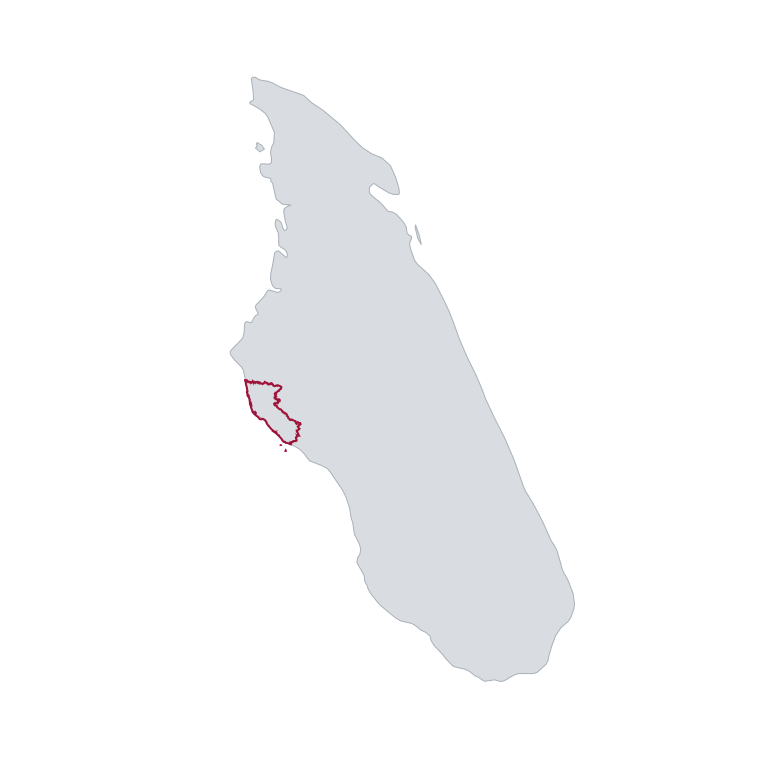 location of Maintirano, Melaky, Madagascar, rotated 320°
{"feature_id": "10022922B40533998311047", "entity_name": "Maintirano", "entity_type": "district", "adm_level": 2, "iso_a3": "MDG", "parent_name": "Madagascar", "parent_adm1": "Melaky", "projection": "natural_earth1", "projection_center": [44.435, -17.734], "detail": "fine", "context": "in_parent", "style": "outline", "palette": "rose", "viewbox_px": 768, "rotation_deg": 320, "n_neighbors": 0, "source": "geoboundaries", "source_scale": "gbopen_adm2", "svg_char_len": 9227}
<svg xmlns="http://www.w3.org/2000/svg" viewBox="0 0 768 768"><g transform="rotate(320 384 384)"><path d="M492.0,81.4L493.8,86.3L496.0,91.1L502.7,102.5L505.5,106.9L508.0,111.6L509.1,121.0L513.3,135.5L517.2,157.3L518.3,179.7L519.5,190.0L522.6,199.7L527.7,209.7L529.2,220.9L526.0,232.4L521.4,243.3L520.2,245.3L518.0,248.1L517.0,248.0L513.4,245.2L510.5,240.6L506.8,229.8L505.4,224.3L503.9,223.5L499.5,223.9L496.2,227.3L495.6,229.5L496.3,235.6L497.5,241.0L498.0,246.6L498.0,253.6L499.2,255.7L500.9,257.5L502.7,262.1L502.9,273.0L501.8,278.5L498.6,283.2L498.8,285.8L499.9,288.5L498.8,290.1L494.7,292.2L493.0,294.0L490.7,298.8L487.0,308.6L486.5,313.6L488.7,328.9L488.0,339.7L483.2,360.5L480.5,370.3L476.6,382.0L470.8,397.5L465.0,417.0L460.0,437.0L456.4,449.0L452.2,460.9L446.6,481.8L441.7,503.1L434.6,526.5L424.8,552.6L423.7,556.0L421.7,569.4L419.4,580.9L416.8,592.4L411.3,611.4L410.7,617.2L409.4,622.8L404.2,634.7L402.0,639.1L400.4,643.8L399.5,649.8L397.9,655.5L394.1,666.1L388.4,675.2L384.6,678.5L376.3,683.3L372.1,684.3L362.7,684.4L353.7,687.1L344.3,692.4L335.3,698.4L331.8,701.3L328.0,702.9L316.0,703.3L312.5,702.0L300.5,692.0L295.9,690.4L287.2,689.0L284.5,688.2L282.1,686.9L278.6,681.7L271.5,677.4L269.8,676.0L268.8,673.0L268.0,669.7L266.2,666.1L264.8,659.1L262.5,654.3L256.0,645.7L255.3,643.0L254.8,633.9L255.0,627.8L254.3,616.5L255.1,611.2L257.3,606.5L256.4,601.3L254.0,595.9L253.1,590.3L251.3,585.2L244.4,576.0L242.8,571.4L241.7,566.7L239.1,552.1L238.8,547.0L239.1,536.3L240.1,530.8L241.7,526.9L242.1,524.0L243.2,521.5L244.8,519.6L245.9,517.2L248.4,503.5L251.7,500.4L256.5,498.7L260.3,495.1L262.5,490.2L264.7,480.2L270.8,470.3L272.9,465.1L277.8,457.2L282.2,446.1L283.5,440.9L284.4,435.5L285.5,423.8L286.3,417.9L286.2,412.2L283.7,406.2L277.8,395.4L277.6,393.4L278.0,385.4L277.5,379.6L275.4,373.8L272.5,368.4L269.8,358.2L268.4,341.4L268.7,335.3L267.9,329.9L265.9,324.7L267.3,315.8L285.1,283.2L285.7,279.3L284.9,269.4L285.3,263.6L285.9,261.5L287.3,260.2L290.3,259.6L304.7,258.2L306.5,257.2L310.1,254.5L315.1,249.1L317.3,247.6L319.3,248.2L320.5,250.4L322.1,251.7L327.9,249.3L330.2,249.2L332.4,249.6L333.5,247.4L334.1,244.4L335.0,242.3L336.6,241.2L344.0,240.5L348.8,239.7L355.0,237.6L356.3,238.0L361.3,245.4L362.8,246.1L364.7,246.4L366.4,245.0L362.4,241.1L361.8,238.9L362.0,236.4L364.2,231.1L367.8,227.0L375.8,220.7L384.2,213.5L386.6,213.0L388.7,214.2L390.2,222.7L390.0,224.1L391.4,224.3L392.9,223.2L394.3,219.8L394.4,216.9L393.3,214.2L392.8,211.9L392.7,209.8L397.0,204.8L400.3,200.0L401.9,194.3L403.2,191.6L406.7,188.7L407.8,189.1L408.6,191.6L409.0,194.1L408.1,196.6L406.8,199.1L406.3,202.5L408.3,203.1L410.2,202.3L412.9,196.3L416.1,190.6L417.9,187.6L420.3,185.5L424.2,185.9L427.9,187.2L421.8,181.2L420.3,172.9L427.7,158.6L427.8,155.6L428.8,154.7L429.3,153.6L425.6,148.7L424.8,146.3L425.4,142.7L427.2,139.5L428.8,137.2L431.2,136.4L433.0,137.6L437.1,141.6L439.9,142.2L443.2,138.4L445.9,133.6L450.1,130.3L454.7,128.3L461.8,120.8L466.5,105.2L466.9,100.6L465.9,95.1L464.3,89.8L461.6,83.2L462.3,81.8L466.2,82.6L467.5,81.7L471.7,75.9L478.7,64.7L481.0,64.8L482.9,66.8L483.6,69.9L485.0,72.1L489.6,77.4L492.0,81.4ZM443.4,125.4L443.5,127.1L438.2,126.4L437.4,120.5L440.0,120.3L440.5,117.9L442.1,117.6L443.8,122.8L443.4,125.4ZM506.7,292.6L502.1,301.3L503.5,294.1L508.8,283.6L510.3,282.8L506.7,292.6Z" fill="#d9dde1" stroke="#a8b0b8" stroke-width="1"/><path d="M280.0,291.7L279.6,292.3L279.4,293.3L278.8,294.6L278.4,294.8L278.1,295.7L277.8,295.9L276.6,298.8L276.2,299.0L275.5,300.5L274.5,302.1L274.0,302.2L274.1,301.7L273.9,301.8L273.3,302.8L272.9,304.3L273.1,304.2L272.1,304.7L271.9,306.1L272.7,305.2L272.9,305.5L272.9,305.9L272.7,305.9L272.7,305.6L272.2,306.0L272.1,307.2L271.5,308.4L271.6,308.6L271.1,309.7L270.7,310.2L271.0,309.3L269.0,312.7L268.9,313.7L269.0,314.0L269.3,313.9L269.3,313.2L269.6,313.1L269.5,313.3L269.4,314.0L269.0,314.2L268.9,314.4L268.8,314.0L268.4,313.4L268.2,313.8L267.6,315.6L267.5,316.0L267.4,316.6L267.3,316.2L267.0,316.7L265.7,320.2L265.4,320.6L266.3,321.6L266.3,322.5L266.8,322.8L266.6,323.2L266.7,323.4L267.1,323.4L267.2,323.5L267.1,323.8L267.3,323.6L267.3,323.8L267.0,324.0L267.1,323.5L266.7,323.5L266.4,323.2L266.6,322.8L266.0,322.6L266.1,321.8L265.5,321.1L265.4,321.2L265.3,321.4L265.4,322.6L265.3,323.2L265.8,326.6L266.3,327.9L266.2,328.1L266.3,329.6L266.5,330.2L266.2,330.7L266.3,331.1L266.6,331.6L267.1,332.1L267.6,332.4L268.3,332.3L268.5,332.6L269.1,333.4L269.7,335.5L269.5,337.9L269.0,338.4L268.8,339.4L268.8,339.6L269.5,339.9L268.9,339.9L268.6,340.4L268.8,342.2L268.7,342.7L268.6,341.4L268.6,341.5L268.7,346.3L269.0,348.0L269.2,348.6L269.0,349.1L269.4,349.8L269.4,350.3L269.7,350.5L269.3,350.5L269.1,349.7L268.9,349.6L269.6,352.0L270.3,351.9L270.7,351.7L270.4,352.1L270.0,352.0L269.8,352.3L269.6,352.1L269.9,353.4L269.9,354.6L270.2,355.6L270.3,355.8L270.5,355.5L270.4,356.1L270.7,356.1L270.8,356.3L271.1,356.5L270.8,356.4L270.4,356.2L270.0,355.6L270.2,357.3L270.2,360.1L270.1,361.2L269.9,361.5L270.2,362.2L270.4,362.2L270.2,362.3L270.1,361.9L269.9,361.9L269.9,363.0L270.4,363.4L270.6,363.2L270.3,363.7L269.8,363.2L270.0,363.9L270.6,364.5L270.4,364.6L270.9,365.8L272.9,368.2L273.0,369.0L273.6,370.1L273.8,370.1L273.5,369.6L273.6,369.4L273.9,369.5L274.0,369.8L274.3,369.4L274.4,369.2L274.6,369.4L274.8,369.2L274.7,368.9L274.9,369.1L275.0,368.9L275.1,369.1L275.1,368.7L275.1,369.0L275.5,369.2L275.8,369.0L276.2,369.2L276.2,369.4L276.6,369.5L276.8,369.8L277.1,369.7L277.2,369.4L278.1,369.5L278.9,370.2L279.1,370.6L279.6,370.6L279.7,371.0L280.2,371.2L281.0,370.9L281.4,369.9L281.5,369.4L282.0,368.5L282.4,368.4L282.7,368.2L283.2,368.5L283.9,368.4L284.3,368.2L284.4,367.8L284.6,368.3L284.8,368.3L285.0,368.1L285.7,368.9L285.9,367.9L286.7,365.4L286.5,364.5L286.9,364.1L287.1,364.2L287.2,363.9L287.5,363.9L287.5,363.7L288.0,364.0L288.5,364.0L289.6,364.1L289.7,363.9L290.3,363.9L290.1,363.5L290.2,363.0L290.5,362.5L290.4,362.0L290.5,361.3L291.6,361.4L292.1,360.6L292.7,361.2L293.3,361.0L293.5,360.5L294.2,361.2L294.3,361.2L294.5,360.7L294.4,360.3L294.6,360.0L294.1,359.7L293.5,358.7L293.5,357.8L292.7,357.5L292.4,357.8L291.4,358.1L291.5,356.9L291.8,356.1L292.3,355.7L291.9,354.7L290.7,352.9L290.8,352.7L290.5,351.8L289.9,351.4L289.6,351.6L289.4,351.4L289.1,351.4L288.8,350.9L289.0,350.5L289.0,349.9L288.8,348.6L289.0,348.6L289.0,348.1L289.4,347.6L289.5,347.0L289.3,346.7L289.3,346.2L289.1,345.9L289.5,345.4L289.9,345.1L290.0,344.5L289.9,343.7L289.6,343.5L289.7,343.1L288.9,342.6L289.3,341.9L289.1,341.5L288.9,341.5L288.6,340.6L288.3,340.5L288.3,340.1L288.7,340.1L288.8,339.9L288.5,339.4L288.7,338.9L288.6,337.0L288.4,336.7L288.0,336.5L287.9,336.2L287.7,335.9L287.7,335.4L287.6,335.2L287.3,333.2L287.4,332.9L287.3,332.5L287.4,332.1L287.7,332.0L287.3,331.1L287.2,330.3L286.9,330.3L286.9,330.0L286.7,329.9L287.0,328.6L287.2,328.4L288.3,328.5L288.3,328.8L288.6,329.2L289.3,329.7L289.8,329.8L289.8,330.3L290.0,330.5L290.4,330.3L290.7,329.9L290.9,329.3L291.4,329.0L291.6,329.1L291.8,328.8L292.1,329.2L292.1,329.8L292.4,329.7L292.5,329.9L293.1,330.1L293.6,329.6L293.5,329.0L293.9,328.8L293.8,328.3L293.5,328.0L292.8,328.0L292.7,327.3L291.8,326.8L291.8,326.6L292.1,326.5L292.0,326.2L291.6,326.3L291.2,325.9L291.6,325.3L291.4,324.8L291.6,324.8L291.6,324.6L291.7,324.9L291.9,324.9L291.9,324.6L292.0,324.6L291.9,323.9L292.4,324.0L292.5,323.8L292.4,323.8L292.6,323.6L292.6,323.9L292.8,323.8L293.1,323.9L293.0,323.6L293.2,323.4L293.3,323.1L293.4,322.8L293.6,322.8L293.7,323.0L294.0,322.9L293.8,322.0L293.8,321.5L294.0,321.3L294.6,321.4L295.2,322.0L295.4,321.8L295.3,321.5L295.7,321.5L295.7,321.2L296.2,321.5L297.6,321.2L298.3,321.5L298.8,321.3L299.4,321.7L300.0,321.2L300.4,321.4L301.4,321.1L301.9,321.4L302.2,321.0L302.8,321.0L303.5,320.2L303.2,319.7L303.2,319.1L302.4,317.9L302.3,317.3L301.9,317.0L301.6,316.4L301.0,316.2L300.8,316.5L300.1,315.7L299.7,315.8L298.5,315.1L298.5,314.7L298.2,314.0L298.5,313.4L298.4,313.2L298.6,312.0L298.5,311.6L298.2,311.5L298.3,311.2L298.1,311.1L298.2,310.9L298.1,311.0L298.1,310.8L297.9,310.7L297.8,311.0L297.5,310.8L297.1,310.7L297.0,310.9L296.8,310.7L296.4,310.8L295.5,310.4L295.6,310.1L295.5,309.4L295.4,309.2L295.1,309.2L295.3,308.5L294.7,308.4L294.7,308.0L294.9,307.9L294.3,306.9L294.4,306.6L294.1,306.0L293.8,306.4L293.5,306.0L293.2,306.1L293.1,306.3L292.4,306.2L292.2,306.0L291.9,306.2L291.5,305.9L290.9,305.9L290.9,305.5L290.1,304.5L290.1,304.1L289.8,303.8L289.4,303.8L289.6,303.3L289.4,303.0L289.6,302.7L289.3,302.6L289.2,302.4L289.4,302.5L289.4,302.4L289.0,302.3L288.9,301.9L288.6,302.2L288.1,301.6L287.9,301.8L287.8,301.4L288.0,301.2L287.8,301.0L287.7,300.5L287.2,300.3L286.5,300.4L286.6,300.1L286.4,300.1L286.3,299.9L286.0,299.9L286.0,299.0L285.7,298.9L285.6,298.6L285.3,298.8L285.5,298.3L285.4,297.8L285.2,298.1L284.8,298.0L284.6,298.2L284.4,297.8L284.0,298.0L283.5,298.0L283.4,297.8L283.7,297.9L283.3,297.5L282.8,297.6L282.9,297.3L282.6,297.2L282.6,296.7L282.2,296.3L282.1,295.9L282.1,295.7L282.4,295.7L282.1,295.3L281.8,295.6L281.7,295.3L281.1,295.2L281.2,294.6L281.0,294.3L281.3,294.1L281.3,293.8L280.8,293.3L280.9,292.8L280.6,292.8L280.5,292.5L280.7,292.4L280.3,292.2L280.3,291.9L280.0,291.7ZM265.9,372.2L266.0,371.7L265.5,371.9L265.7,372.2L265.9,372.2ZM265.7,364.3L265.7,364.1L265.7,363.8L265.5,364.2L265.7,364.3Z" fill="none" stroke="#9f1239" stroke-width="2"/></g></svg>